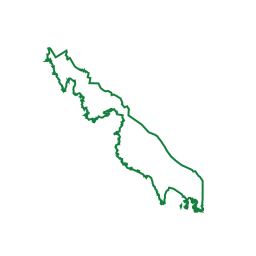 outline of Surigao del Sur, Surigao del Sur, Philippines, rotated 149°
{"feature_id": "2640588B11290582279728", "entity_name": "Surigao del Sur", "entity_type": "district", "adm_level": 2, "iso_a3": "PHL", "parent_name": "Philippines", "parent_adm1": "Surigao del Sur", "projection": "equal_earth", "projection_center": [126.233, 8.71], "detail": "fine", "context": "isolated", "style": "outline", "palette": "green", "viewbox_px": 256, "rotation_deg": 149, "n_neighbors": 0, "source": "geoboundaries", "source_scale": "gbopen_adm2", "svg_char_len": 5946}
<svg xmlns="http://www.w3.org/2000/svg" viewBox="0 0 256 256"><g transform="rotate(149 128 128)"><path d="M92.6,56.2L94.5,57.1L94.6,59.0L101.2,68.6L103.8,75.0L105.8,81.4L106.4,88.3L106.2,93.1L106.5,99.8L107.2,106.0L108.5,108.5L112.4,113.6L114.5,123.9L121.1,138.6L118.3,142.8L117.6,143.2L117.6,147.1L120.4,147.5L121.0,151.6L119.8,152.5L119.2,157.1L121.5,161.7L123.2,164.2L125.1,164.6L124.1,166.8L125.9,169.9L128.0,170.9L129.2,172.1L130.8,176.0L130.4,181.5L138.0,186.3L134.5,190.2L136.4,192.3L133.5,195.2L134.7,198.0L135.4,197.9L135.3,198.8L136.6,199.4L136.2,200.0L136.8,199.8L136.5,200.8L136.7,200.5L137.0,201.2L137.3,200.8L137.9,201.2L138.5,202.2L138.7,201.8L139.3,202.6L141.9,207.9L141.8,218.0L144.6,217.9L144.6,219.0L143.2,220.2L143.9,222.3L141.5,224.5L140.9,226.0L153.6,225.8L153.6,235.4L154.1,236.9L155.4,237.3L155.9,234.2L157.2,232.5L158.8,232.0L159.3,232.5L161.0,229.0L161.4,229.1L162.1,228.0L162.9,228.3L163.0,227.7L163.7,227.7L162.7,227.1L162.4,227.8L161.7,227.0L160.2,228.4L160.7,226.9L160.2,226.9L160.2,226.7L160.4,226.5L160.4,226.4L159.5,226.7L159.8,226.0L159.3,225.6L159.3,224.8L159.7,224.7L160.0,224.0L160.7,224.5L160.9,223.9L160.2,223.2L160.0,221.6L160.8,219.2L159.9,218.9L160.4,218.1L160.9,218.6L160.7,217.5L161.5,216.3L162.1,213.9L162.5,214.0L162.9,212.9L163.8,213.3L163.7,212.7L164.0,212.6L163.4,212.1L162.2,212.3L161.3,210.7L161.5,210.0L162.1,210.3L162.7,208.7L162.3,206.6L162.5,205.7L162.0,204.6L162.4,203.6L163.2,203.2L163.4,200.9L162.7,198.4L163.3,197.4L162.9,196.8L163.1,196.1L163.9,195.5L163.4,194.6L164.1,193.9L164.7,194.2L164.4,192.3L163.7,192.6L162.6,192.1L161.9,193.5L158.9,196.1L157.9,197.8L156.5,198.8L156.2,198.0L156.3,199.0L155.4,199.1L155.3,198.7L155.0,199.7L154.8,199.0L154.1,199.1L153.8,200.2L152.9,200.8L151.8,199.9L150.1,195.2L149.6,196.1L149.2,196.0L150.4,193.2L152.3,191.4L153.3,191.2L155.2,188.9L155.3,188.0L156.9,185.7L156.4,184.3L155.9,184.5L156.1,183.5L154.9,183.4L154.8,182.8L153.7,183.3L151.5,182.7L151.1,180.3L152.2,179.9L151.5,179.7L151.3,178.9L151.7,178.7L151.0,178.5L151.2,178.1L150.2,177.4L150.4,176.7L152.2,175.7L152.2,175.0L153.0,175.9L153.0,174.7L154.0,175.2L154.2,172.6L155.6,171.9L155.6,170.2L156.6,169.5L155.9,168.5L156.0,166.5L154.9,167.4L153.2,166.9L154.2,165.0L153.9,164.2L154.5,163.1L154.2,162.8L154.8,162.2L154.0,161.1L154.3,160.9L154.8,161.6L155.5,161.0L154.8,160.8L155.6,160.7L155.9,160.9L155.6,161.5L156.1,161.7L158.3,161.4L157.5,160.9L158.1,160.0L157.0,159.3L157.6,158.0L158.4,158.0L157.4,156.6L157.4,155.3L153.6,154.3L154.9,151.8L154.6,150.8L154.0,150.3L152.5,151.1L152.2,151.8L152.9,152.1L152.2,152.9L151.8,152.9L151.7,152.1L150.8,151.8L150.1,152.6L150.0,151.7L149.7,151.7L147.1,153.0L146.5,151.7L144.5,150.0L142.3,150.3L138.8,149.0L136.8,149.8L136.9,150.6L138.9,151.4L139.4,151.2L139.6,152.1L139.7,151.7L140.7,152.4L141.0,153.3L140.2,153.4L140.1,153.9L137.4,153.3L134.4,151.3L133.9,151.4L134.5,152.3L134.0,152.1L134.4,152.7L133.9,152.5L133.4,153.2L132.2,152.9L131.8,152.4L132.2,152.7L132.4,152.5L131.9,151.9L130.1,151.1L130.0,148.6L129.1,147.8L129.3,147.0L130.1,146.7L130.4,145.5L126.0,141.6L127.5,139.9L127.5,136.8L128.3,136.9L128.2,136.2L128.6,136.0L129.7,136.1L130.2,135.2L130.7,135.7L130.9,134.5L131.9,134.2L131.5,133.3L135.2,132.0L136.9,129.4L138.6,129.8L139.4,130.5L142.7,130.0L142.5,129.4L141.4,129.5L140.5,128.2L139.9,128.4L139.3,127.9L139.4,124.7L140.8,123.4L141.4,124.0L141.9,123.8L142.3,122.7L141.8,122.2L142.1,120.7L142.9,120.5L143.6,119.2L143.9,120.1L144.9,119.1L147.2,119.3L147.9,117.9L148.6,118.0L148.5,114.7L148.8,114.9L149.1,113.7L150.4,113.1L151.2,112.1L150.5,111.1L149.8,110.9L149.9,110.3L151.9,109.9L150.8,105.9L150.1,106.0L149.9,104.9L149.0,104.4L149.6,103.3L150.1,103.2L149.9,102.9L150.1,102.3L151.0,102.2L150.7,100.0L150.9,99.0L150.6,98.8L149.6,99.5L149.5,98.2L148.7,97.9L148.7,98.9L148.2,98.9L147.4,98.0L147.7,97.1L149.1,97.2L149.4,96.7L149.0,94.0L147.3,92.1L147.2,91.2L146.8,91.2L146.5,92.4L145.3,92.1L145.8,90.3L145.2,90.0L142.4,85.8L142.0,85.9L142.5,86.5L141.7,86.8L140.5,85.4L140.8,84.9L141.7,86.0L142.0,85.4L139.2,80.9L138.7,79.1L139.1,78.2L138.2,77.9L138.1,75.9L137.5,76.3L137.8,75.5L137.3,76.1L137.5,77.2L136.1,77.0L134.9,76.0L133.8,73.4L134.7,69.3L135.4,67.9L135.6,66.1L136.0,65.8L135.8,64.5L135.3,64.0L136.1,61.5L135.5,60.0L136.0,59.4L135.8,58.2L136.6,57.6L136.0,55.3L136.1,54.1L137.4,52.1L137.2,51.5L137.8,50.6L137.3,50.1L137.1,48.1L137.8,47.9L138.1,46.9L138.8,46.6L138.8,45.7L138.3,45.3L137.5,45.6L137.0,44.7L136.2,45.1L136.0,45.9L135.8,45.2L135.2,45.6L135.0,45.2L133.6,48.0L132.5,48.8L130.9,51.5L127.7,53.9L126.5,54.3L125.6,54.0L123.4,55.7L120.2,52.4L116.0,43.4L116.1,41.3L115.7,41.0L116.2,40.7L115.0,39.5L114.7,37.5L115.0,36.2L116.4,35.6L115.9,34.0L116.4,32.2L115.7,32.2L114.7,33.5L114.6,35.7L111.6,36.7L110.6,35.9L110.5,34.8L111.2,34.6L110.4,34.6L110.5,34.2L110.7,34.4L110.8,34.2L110.6,33.3L110.0,34.4L109.2,34.4L109.0,32.9L107.3,31.3L107.3,31.0L107.3,30.8L107.2,31.3L106.7,30.8L106.8,28.7L108.1,27.9L108.7,28.2L109.1,27.3L109.7,27.6L109.7,26.6L110.1,26.4L109.9,27.0L110.4,27.5L111.5,26.5L112.0,27.5L112.9,27.0L113.4,25.9L113.1,25.4L112.4,25.3L113.6,22.8L113.7,21.7L112.3,21.0L112.6,23.1L112.1,23.6L111.3,22.4L111.2,24.4L112.1,26.1L111.7,26.4L110.5,25.0L110.1,22.5L109.1,22.3L109.7,21.0L109.1,19.4L108.1,18.7L108.5,19.9L108.1,20.2L107.2,19.3L106.4,19.4L106.1,20.0L105.7,19.4L105.2,20.2L105.2,23.2L103.8,23.4L103.8,24.3L101.0,28.1L91.3,44.1L91.4,48.5L92.3,50.9L92.6,56.2ZM118.9,28.5L117.8,29.3L116.8,31.2L117.9,30.7L118.5,31.3L117.9,31.7L119.0,32.4L118.6,31.8L119.0,31.7L118.6,31.6L118.8,30.8L120.2,31.1L120.1,29.7L118.9,28.5ZM111.1,30.4L109.0,30.8L109.5,31.0L109.5,32.0L110.4,31.0L111.0,31.5L110.8,32.2L110.2,32.1L110.1,32.3L110.2,32.5L111.4,32.0L111.6,31.7L111.1,30.4ZM123.4,33.0L122.4,33.9L122.1,34.5L123.2,34.1L123.4,33.0ZM108.9,30.1L108.5,30.3L108.2,31.1L108.9,30.7L108.9,30.1ZM117.4,35.4L117.0,35.8L117.1,36.4L117.6,36.4L117.4,35.4ZM137.6,56.2L137.2,55.6L137.1,55.8L137.6,56.2Z" fill="none" stroke="#15803d" stroke-width="2"/></g></svg>